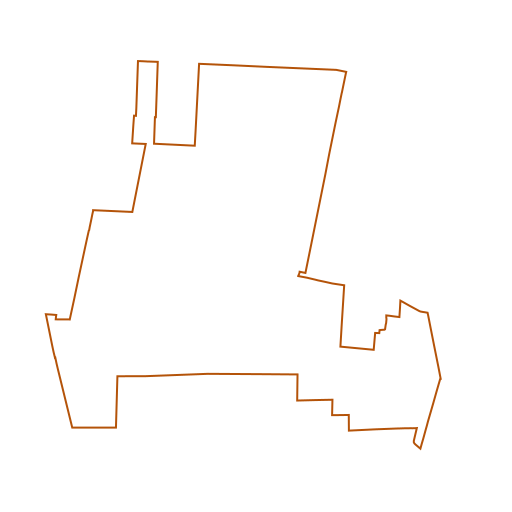 Gura Ialomitei, Ialomita, Romania (Natural Earth projection), rotated 98°
{"feature_id": "2599482B23433175195747", "entity_name": "Gura Ialomitei", "entity_type": "district", "adm_level": 2, "iso_a3": "ROU", "parent_name": "Romania", "parent_adm1": "Ialomita", "projection": "natural_earth1", "projection_center": [27.728, 44.753], "detail": "fine", "context": "isolated", "style": "outline", "palette": "amber", "viewbox_px": 512, "rotation_deg": 98, "n_neighbors": 0, "source": "geoboundaries", "source_scale": "gbopen_adm2", "svg_char_len": 2173}
<svg xmlns="http://www.w3.org/2000/svg" viewBox="0 0 512 512"><g transform="rotate(98 256 256)"><path d="M384.8,440.9L384.6,440.6L390.1,438.6L395.5,436.5L423.5,425.3L451.5,414.1L445.4,370.8L394.4,376.5L392.4,362.9L390.5,349.3L379.4,287.4L371.7,230.0L367.5,198.4L393.4,195.1L390.5,177.7L387.7,160.3L403.0,158.5L401.8,150.3L400.5,142.0L416.0,139.7L411.0,113.5L410.0,107.9L407.1,91.8L407.1,91.6L406.0,85.3L405.4,81.3L405.0,78.8L404.8,77.1L404.5,75.4L404.3,74.1L404.0,72.8L417.1,74.0L417.8,73.9L418.5,73.8L419.1,73.4L419.6,73.0L420.5,71.8L423.9,66.4L418.6,65.7L413.2,64.9L404.6,63.8L400.3,63.2L396.0,62.7L377.2,60.0L364.7,58.3L352.2,56.5L352.0,56.0L340.9,59.8L320.1,67.1L302.3,73.3L291.6,77.0L288.3,78.2L288.2,81.4L288.2,82.8L288.1,85.3L287.8,86.6L286.9,89.0L285.4,93.0L284.1,96.5L283.4,98.3L282.7,100.1L281.4,103.4L280.1,106.8L288.3,106.1L296.5,105.5L296.6,110.6L296.6,115.7L296.7,118.7L299.0,118.4L300.2,118.0L304.3,117.8L305.2,117.9L306.0,118.0L310.6,118.0L311.1,118.5L311.8,121.8L312.2,123.3L315.2,123.2L315.6,127.3L332.5,126.4L334.0,159.8L312.9,161.5L272.7,164.6L272.6,176.6L272.0,184.0L271.5,191.3L271.2,193.9L270.4,202.4L270.2,206.9L270.0,211.4L269.7,211.4L269.1,211.2L268.6,211.0L268.0,210.9L267.3,210.7L266.8,210.6L266.1,210.6L265.5,210.6L265.9,204.7L242.9,203.3L195.7,200.5L165.5,198.7L144.9,197.7L113.7,195.8L103.5,195.1L96.4,194.6L91.0,194.3L89.1,194.2L82.7,193.8L82.2,193.7L71.1,193.0L63.5,192.5L61.1,192.3L60.5,202.4L67.2,271.5L70.3,304.9L73.6,339.1L141.0,333.2L147.0,332.7L155.3,332.0L159.0,372.6L132.6,375.4L132.5,374.5L109.6,376.9L77.4,380.3L78.4,389.7L78.5,390.1L78.6,391.9L79.0,396.4L79.4,400.0L126.1,395.1L133.9,394.4L134.0,396.3L143.1,395.7L161.7,394.3L160.4,380.8L229.6,384.6L233.3,423.7L234.2,423.6L237.9,423.9L241.6,424.1L244.6,424.3L247.6,424.5L250.6,424.7L253.6,424.8L254.1,425.1L262.8,425.8L268.2,426.2L284.8,427.4L301.4,428.6L312.2,429.3L323.0,430.0L333.9,430.8L344.8,431.6L344.8,432.5L345.4,436.7L346.0,440.8L346.2,442.5L346.5,444.2L346.5,444.8L346.6,445.5L344.4,445.6L342.2,445.6L342.5,450.8L342.9,456.0L347.7,454.3L352.5,452.6L363.0,448.9L373.5,445.2L379.5,443.0L384.5,441.0L384.8,440.9Z" fill="none" stroke="#b45309" stroke-width="2"/></g></svg>